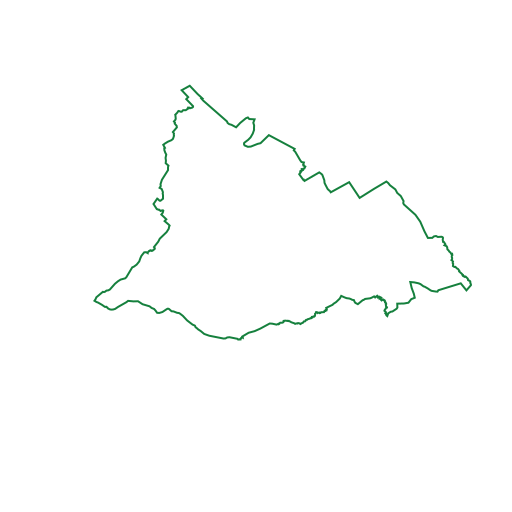 the district of Sacadat, Bihor, Romania, rotated 316°
{"feature_id": "2599482B67859115475061", "entity_name": "Sacadat", "entity_type": "district", "adm_level": 2, "iso_a3": "ROU", "parent_name": "Romania", "parent_adm1": "Bihor", "projection": "mercator", "projection_center": [22.149, 47.043], "detail": "fine", "context": "isolated", "style": "outline", "palette": "green", "viewbox_px": 512, "rotation_deg": 316, "n_neighbors": 0, "source": "geoboundaries", "source_scale": "gbopen_adm2", "svg_char_len": 6143}
<svg xmlns="http://www.w3.org/2000/svg" viewBox="0 0 512 512"><g transform="rotate(316 256 256)"><path d="M392.0,407.9L392.3,405.7L391.9,404.4L391.9,402.3L391.1,401.7L390.7,400.0L392.4,398.6L392.6,397.6L393.9,396.8L393.8,396.2L394.0,395.4L393.8,394.7L395.0,394.4L395.9,393.4L396.0,392.9L396.6,392.2L397.5,391.6L397.9,391.7L398.3,391.1L397.7,391.1L398.3,388.6L398.1,387.1L398.4,385.8L398.3,384.2L399.6,382.5L399.9,381.3L399.0,379.2L400.4,379.1L400.9,376.3L400.4,375.8L401.6,374.0L403.1,372.9L403.3,372.0L402.8,371.0L400.0,368.6L399.4,366.7L397.6,365.5L395.4,365.4L392.2,362.4L394.3,355.3L398.0,345.4L399.3,337.1L398.2,321.6L398.7,320.2L400.3,319.0L401.8,313.5L401.4,308.8L402.5,304.9L401.5,298.1L401.8,295.4L401.5,293.0L387.6,289.7L370.9,286.2L374.3,267.6L354.0,262.1L354.3,260.7L354.1,259.0L354.1,257.5L355.4,253.1L356.1,251.0L357.8,248.9L360.0,243.9L360.1,242.8L359.6,239.8L343.1,235.7L343.4,234.3L342.9,234.2L343.9,227.2L344.6,227.0L345.4,227.1L345.9,226.6L346.5,226.7L346.7,225.8L346.9,225.7L347.5,225.9L347.3,226.6L348.5,226.5L349.3,225.2L349.5,225.3L349.5,226.4L349.8,226.8L351.1,226.2L351.7,226.6L353.6,225.9L353.0,224.1L353.5,223.8L353.3,223.1L355.4,222.0L354.0,220.0L354.3,217.8L356.6,208.4L356.6,206.2L358.2,205.8L349.2,178.0L337.6,178.0L335.1,176.5L328.3,173.7L326.0,171.8L324.6,168.5L325.0,167.3L325.5,166.8L326.2,166.4L331.1,167.0L334.5,166.9L338.7,165.7L342.3,163.9L342.5,163.5L345.4,160.7L346.6,158.3L349.9,156.7L346.3,152.8L346.4,150.7L344.4,149.9L337.1,149.3L331.1,149.6L329.5,144.6L328.3,142.5L328.0,140.6L328.6,139.0L326.0,108.0L326.1,104.9L326.9,105.3L326.5,99.0L326.6,87.5L317.7,85.1L317.6,94.6L314.8,94.7L314.8,104.5L314.3,105.0L313.3,105.0L311.2,103.9L311.2,103.1L310.5,102.7L310.3,102.1L309.5,102.3L309.4,102.8L306.7,102.3L304.9,100.5L302.8,100.6L302.0,99.8L301.2,98.0L300.8,97.8L299.0,98.2L296.0,98.3L295.8,98.8L293.6,101.5L292.7,102.0L290.4,102.2L290.3,103.8L289.5,104.3L289.3,107.3L288.4,108.5L282.3,109.1L282.1,110.9L280.9,111.8L280.6,112.5L278.6,113.6L277.4,114.1L275.5,113.9L272.1,112.6L268.5,111.8L266.5,111.6L265.6,115.0L264.8,114.8L263.5,116.4L262.5,118.7L261.9,120.7L259.1,122.6L257.4,124.9L255.5,126.5L255.8,130.2L254.5,130.9L252.4,133.1L241.3,135.8L237.2,138.0L236.1,139.5L234.0,140.0L234.7,142.3L233.6,145.0L232.9,145.9L232.3,146.2L231.4,147.6L228.9,150.2L225.7,149.9L225.2,149.5L225.0,148.6L225.0,147.0L224.8,146.1L218.4,147.4L217.2,153.4L217.8,154.1L217.8,154.8L218.0,155.1L218.6,155.6L218.6,157.3L219.1,157.6L220.1,157.9L220.8,158.5L220.8,159.0L219.0,160.1L216.7,160.4L217.0,167.3L214.5,167.4L215.0,172.6L215.0,174.1L213.8,174.6L212.1,175.8L208.3,176.7L198.8,176.7L195.6,177.8L188.8,178.7L188.7,179.9L188.2,180.5L187.0,180.5L186.7,180.3L185.8,180.4L185.3,180.2L185.0,179.8L184.7,180.0L184.2,179.6L183.9,178.4L182.6,178.4L182.4,178.1L180.7,178.2L180.1,178.7L179.6,176.9L178.1,175.7L173.7,176.3L171.2,177.3L168.2,178.8L164.1,179.3L160.6,178.8L159.1,178.2L148.0,181.2L146.4,181.2L142.2,178.9L139.2,178.3L135.3,178.0L127.6,178.6L125.9,178.1L124.4,177.0L122.5,176.8L121.5,176.3L121.0,175.4L112.5,174.8L110.3,175.7L108.7,176.0L109.3,178.3L110.0,179.7L111.3,184.2L111.9,187.3L112.1,187.9L113.0,188.4L113.3,189.9L113.0,190.5L113.7,192.7L114.6,194.0L116.0,195.2L117.9,196.2L121.4,196.8L130.7,199.2L132.8,199.4L136.4,203.6L139.7,206.6L140.9,211.9L144.4,218.1L144.6,218.9L144.8,220.8L145.9,223.3L145.8,225.6L145.4,228.1L145.7,228.5L146.9,229.8L149.8,231.3L154.8,232.2L155.8,232.5L156.3,233.0L156.6,233.6L156.9,237.1L158.2,238.6L159.8,242.1L160.9,243.4L161.3,244.7L161.8,248.2L161.7,254.5L162.7,261.3L163.6,263.4L163.6,264.0L163.1,265.0L163.1,265.7L163.3,266.5L163.4,268.5L164.1,271.6L164.6,276.1L167.0,280.9L175.3,292.8L176.8,294.1L178.7,294.6L180.5,296.0L185.2,302.8L185.1,303.7L186.7,305.1L186.9,304.7L188.0,305.0L188.3,304.7L189.0,305.1L189.9,304.4L190.3,304.6L190.3,304.9L190.6,304.5L197.4,306.1L202.8,309.1L208.6,311.2L219.0,314.1L220.7,316.0L223.1,319.6L224.3,320.1L224.5,320.5L225.0,320.4L225.2,320.9L225.6,321.0L225.9,320.7L227.0,320.8L228.5,322.2L229.5,322.6L230.0,322.3L230.4,322.4L230.7,321.9L231.1,322.0L232.4,323.1L233.7,324.8L234.0,324.8L234.2,325.4L234.6,325.6L234.7,326.2L235.1,327.0L235.3,328.1L236.8,331.0L237.0,332.0L238.2,332.5L238.8,333.3L239.6,333.4L240.3,334.3L240.3,334.8L240.6,335.1L240.8,335.9L241.8,335.9L243.3,336.6L244.9,336.3L245.7,337.0L246.8,337.0L247.2,336.7L247.8,336.8L248.5,337.4L249.3,337.4L251.3,338.5L252.0,338.5L252.6,339.2L253.2,339.3L253.8,338.7L254.3,339.4L254.9,339.2L255.6,339.5L255.7,340.0L256.5,340.1L257.7,339.4L258.3,338.6L259.6,338.6L260.1,338.1L260.8,338.6L260.9,339.0L260.8,339.9L261.4,340.0L262.0,340.6L262.1,341.3L262.4,341.4L262.8,341.3L262.9,341.7L263.9,341.8L265.9,343.6L267.1,343.1L267.7,343.8L268.6,343.2L269.1,344.0L270.0,343.5L270.5,342.1L277.2,344.3L278.5,344.2L281.6,344.8L286.7,344.8L289.6,343.9L290.9,347.2L291.9,349.3L293.6,351.4L294.3,352.9L294.7,354.2L295.8,355.8L295.2,357.1L294.9,358.7L295.8,361.4L302.1,361.9L302.7,362.3L304.7,362.7L308.7,365.7L310.1,366.3L312.9,367.1L312.9,368.5L313.7,368.4L314.1,368.7L315.6,368.8L315.6,369.4L314.8,369.8L314.8,370.7L316.4,370.9L316.5,371.2L315.7,372.1L316.3,372.1L317.0,372.4L317.1,373.1L316.5,373.1L315.5,373.8L315.5,375.2L317.2,375.4L317.4,376.0L317.1,376.6L317.2,377.0L317.7,377.2L317.7,377.6L316.6,379.0L317.0,379.5L316.4,380.9L315.8,380.9L315.4,381.6L315.0,381.9L314.5,382.7L314.6,383.9L314.2,384.1L313.5,383.7L313.1,383.7L312.4,384.1L311.6,384.1L310.6,384.4L310.3,384.7L310.5,385.9L310.4,386.7L309.2,387.0L309.2,387.4L309.5,387.9L308.8,388.6L308.6,389.4L308.7,390.4L311.3,389.1L314.2,389.7L315.6,390.7L320.5,391.6L321.9,391.3L324.5,388.4L329.5,393.0L333.2,395.5L337.7,394.9L341.2,396.3L343.3,392.8L345.7,387.3L348.9,381.9L351.5,384.9L354.2,388.9L354.2,389.3L354.8,390.4L355.4,394.2L356.0,395.2L357.0,398.6L357.7,402.0L358.2,403.2L360.6,406.4L361.8,407.7L363.4,407.3L384.3,417.9L383.5,426.9L390.3,426.3L390.9,425.7L391.5,424.1L392.1,423.7L392.5,422.9L392.3,421.8L392.1,421.7L391.8,420.6L392.6,419.4L392.5,416.4L391.7,416.2L391.2,414.7L391.6,414.5L391.5,414.0L391.1,413.8L391.2,413.3L391.7,413.1L391.5,412.5L391.7,412.0L391.4,408.2L392.0,407.9Z" fill="none" stroke="#15803d" stroke-width="2"/></g></svg>